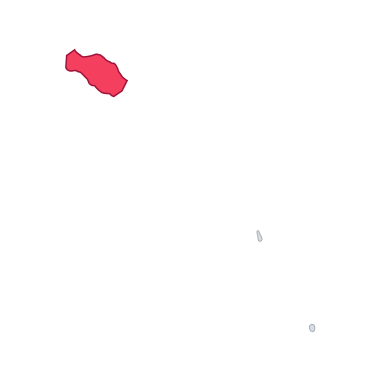 location of North Miladhunmadulu, Maldives, rotated 325°
{"feature_id": "70690204B13524442343529", "entity_name": "North Miladhunmadulu", "entity_type": "district", "adm_level": 2, "iso_a3": "MDV", "parent_name": "Maldives", "parent_adm1": "", "projection": "robinson", "projection_center": [73.105, 6.23], "detail": "fine", "context": "in_parent", "style": "filled", "palette": "rose", "viewbox_px": 384, "rotation_deg": 325, "n_neighbors": 0, "source": "geoboundaries", "source_scale": "gbopen_adm2", "svg_char_len": 3230}
<svg xmlns="http://www.w3.org/2000/svg" viewBox="0 0 384 384"><g transform="rotate(325 192 192)"><path d="M222.5,270.7L220.8,271.7L219.2,271.3L218.6,270.0L219.4,268.0L220.8,265.5L221.7,262.8L223.1,261.3L224.1,261.8L224.0,263.4L223.5,265.5L223.2,268.2L222.5,270.7ZM213.0,375.6L210.9,375.8L209.6,373.9L209.9,371.1L211.5,369.1L214.1,369.0L215.6,370.7L214.9,373.5L213.0,375.6Z" fill="#d9dde1" stroke="#a8b0b8" stroke-width="1"/><path d="M160.0,17.8L160.0,18.2L160.0,18.4L159.9,18.9L159.9,19.3L159.9,19.5L160.0,19.7L160.0,20.0L160.0,20.3L160.2,20.8L160.3,21.2L160.4,21.4L160.7,21.7L160.9,21.9L161.0,22.2L161.2,22.4L161.4,22.8L161.5,22.9L162.1,23.3L162.6,23.7L163.1,24.0L163.7,24.3L164.3,24.5L164.8,24.8L165.3,25.1L165.6,25.3L165.9,25.5L166.2,25.6L166.5,25.7L166.7,25.9L166.8,26.2L166.9,26.5L167.0,26.8L167.2,27.2L167.3,27.4L167.5,27.7L167.6,28.0L167.8,28.3L168.4,28.9L168.7,29.1L169.0,29.4L169.1,29.7L169.4,30.3L169.5,30.9L169.6,31.3L169.7,31.8L169.8,32.2L169.8,32.7L170.0,33.4L170.1,34.2L170.2,34.9L170.3,35.3L170.4,36.0L170.5,36.7L170.6,37.1L170.7,37.9L170.8,38.4L171.0,38.9L171.0,39.6L170.9,40.0L170.8,40.6L170.7,41.3L170.6,41.9L170.5,42.5L170.3,42.9L170.2,43.6L170.1,44.4L170.2,44.8L170.3,45.3L170.5,45.8L171.0,46.8L171.2,47.3L171.3,47.4L171.7,47.8L172.1,48.1L172.4,48.3L173.2,49.2L173.3,49.7L173.3,50.8L173.5,52.4L174.0,55.2L174.2,55.7L174.5,56.5L174.6,57.0L174.8,57.5L174.9,58.0L175.0,58.5L175.4,59.0L175.8,59.5L176.2,60.1L176.5,60.5L176.8,60.7L177.6,61.3L178.0,61.8L178.3,62.2L178.9,62.6L179.4,63.0L179.9,63.4L180.4,63.8L180.7,64.1L181.0,64.3L181.1,64.7L181.1,65.3L181.2,65.9L181.3,66.1L181.5,66.7L181.6,67.1L181.8,67.5L182.2,68.0L182.4,68.4L182.7,68.6L182.8,68.9L192.7,69.0L202.8,63.5L202.6,63.2L202.5,62.9L202.3,62.5L202.2,62.3L202.0,61.8L201.8,61.1L201.7,60.7L201.5,60.1L201.4,59.7L201.2,59.2L201.1,58.8L201.0,58.4L201.0,58.0L200.9,57.4L200.9,56.9L201.0,56.3L200.9,55.5L201.0,54.9L201.0,54.4L201.0,53.9L201.0,53.3L201.0,52.8L200.9,52.4L200.9,52.1L201.0,51.6L201.1,51.1L201.2,50.6L201.3,50.0L201.4,49.5L201.7,48.7L201.9,48.2L202.0,47.3L202.0,46.9L202.1,46.5L202.2,45.9L202.3,45.2L202.3,44.4L202.3,43.7L202.2,43.2L202.2,42.6L201.9,41.9L201.6,41.6L201.1,41.3L200.6,41.0L200.4,40.6L200.0,40.1L199.7,39.5L199.5,39.0L199.4,38.7L199.3,38.2L199.1,37.8L198.8,37.5L198.5,37.3L198.3,36.7L198.0,36.2L197.8,35.8L197.6,35.3L197.4,34.7L197.2,34.0L197.1,33.7L197.0,33.2L197.0,32.7L197.0,32.2L196.9,31.8L196.8,31.2L196.6,30.5L196.4,30.1L196.3,29.7L196.1,29.0L195.9,28.5L195.8,28.0L195.6,27.5L195.4,27.1L195.0,26.7L194.6,26.4L194.3,26.0L194.0,25.6L193.8,25.3L193.5,25.0L193.3,24.7L192.9,24.4L192.5,24.2L192.3,24.1L192.0,23.9L191.7,23.9L191.2,23.7L190.7,23.6L190.0,23.4L189.3,23.1L188.6,22.9L188.0,22.8L187.2,22.5L186.3,22.1L185.7,21.8L185.4,21.6L184.8,21.4L184.4,21.2L183.9,21.0L183.4,20.7L182.8,20.4L182.2,20.0L181.5,19.8L180.6,19.1L180.2,18.8L179.8,18.2L179.6,17.6L179.3,17.2L179.1,16.8L179.0,16.4L178.9,16.1L178.9,15.7L178.9,15.3L178.7,15.1L178.6,14.9L178.4,14.4L178.2,14.0L178.2,13.9L178.2,13.7L178.0,13.1L177.9,12.8L177.8,12.5L177.8,12.3L177.7,11.9L177.6,11.5L177.5,11.1L177.4,10.7L177.3,10.3L177.3,9.9L177.3,9.5L177.3,9.2L177.3,8.8L177.4,8.5L177.5,8.2L167.6,8.3L160.0,17.8Z" fill="#f43f5e" stroke="#9f1239" stroke-width="1.5"/></g></svg>